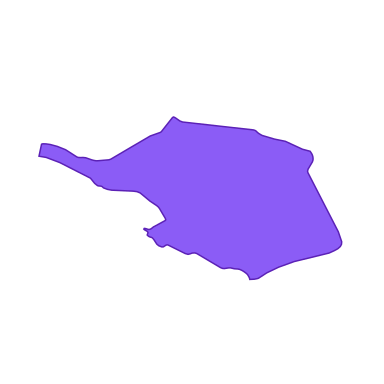 the border of Blue Nile, rotated 102°
{"feature_id": "SDN-148", "entity_name": "Blue Nile", "entity_type": "State", "adm_level": 1, "iso_a3": "SDN", "parent_name": "Sudan", "parent_adm1": "", "projection": "equal_earth", "projection_center": [34.239, 11.094], "detail": "fine", "context": "isolated", "style": "filled", "palette": "violet", "viewbox_px": 384, "rotation_deg": 102, "n_neighbors": 0, "source": "natural_earth", "source_scale": "10m", "svg_char_len": 1831}
<svg xmlns="http://www.w3.org/2000/svg" viewBox="0 0 384 384"><g transform="rotate(102 192 192)"><path d="M265.5,117.3L263.9,118.1L261.2,120.5L260.1,122.4L259.1,124.6L258.3,126.9L257.8,129.2L257.8,131.1L258.3,134.7L258.2,138.7L258.7,140.6L260.2,144.5L260.4,146.3L260.1,148.2L251.2,174.5L251.0,176.5L251.7,179.1L252.9,181.0L253.8,182.9L253.6,185.9L248.9,204.2L248.8,205.3L249.5,206.5L251.6,208.6L252.0,210.1L251.5,213.3L250.3,215.6L246.4,219.5L245.1,221.2L244.8,222.3L244.8,223.5L244.4,225.2L243.5,226.8L242.7,226.9L241.8,226.6L240.6,226.7L239.8,227.7L238.8,230.7L238.3,231.4L237.5,231.1L237.4,229.7L237.7,226.8L237.2,225.3L236.3,224.2L234.2,222.5L225.6,212.4L224.7,211.9L223.5,212.5L214.9,220.4L213.7,221.8L212.6,223.8L209.8,230.9L203.7,242.5L203.1,245.9L203.4,249.8L206.9,270.9L207.0,275.3L206.4,279.3L206.1,279.9L205.5,280.8L205.3,281.3L205.2,282.4L205.5,284.8L205.4,285.8L203.8,289.0L199.6,294.2L190.7,327.5L188.5,341.8L188.8,349.1L176.6,349.1L176.4,348.9L176.2,348.7L176.0,348.2L175.8,347.6L175.3,344.8L175.0,340.6L175.4,333.2L176.9,324.5L181.5,312.3L181.8,311.2L181.8,310.7L181.8,310.0L181.4,307.8L180.9,305.9L180.6,303.1L181.4,296.7L181.5,294.7L181.4,292.2L181.0,290.6L177.8,280.0L176.8,278.3L161.3,261.4L145.9,244.5L140.3,235.4L139.7,234.8L138.9,234.3L123.3,226.6L122.5,225.8L122.6,224.7L123.1,223.2L125.0,218.8L125.2,217.6L125.5,215.8L122.0,180.3L118.5,144.8L118.6,143.4L118.9,142.5L119.1,141.9L120.1,140.4L120.9,138.8L121.8,136.1L122.1,135.1L123.1,122.4L123.0,111.3L127.2,92.8L127.6,84.9L129.7,82.8L130.9,81.9L132.4,81.1L133.9,80.6L135.5,80.3L137.5,80.5L145.5,83.2L147.6,83.3L148.9,82.7L200.5,40.6L209.6,35.2L212.1,34.9L214.5,35.6L217.2,37.6L219.7,40.5L223.2,45.2L238.8,77.6L247.5,91.6L255.5,102.0L262.3,108.8L262.9,109.6L264.3,112.8L265.5,117.3L265.5,117.3Z" fill="#8b5cf6" stroke="#5b21b6" stroke-width="1.5"/></g></svg>